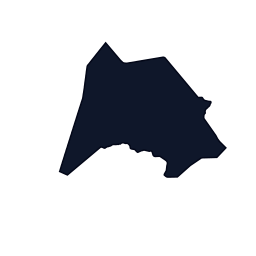 Tamanghasset, Mercator projection, rotated 140°
{"feature_id": "DZA-2189", "entity_name": "Tamanghasset", "entity_type": "Province", "adm_level": 1, "iso_a3": "DZA", "parent_name": "Algeria", "parent_adm1": "", "projection": "mercator", "projection_center": [6.568, 24.092], "detail": "fine", "context": "isolated", "style": "filled", "palette": "ink", "viewbox_px": 256, "rotation_deg": 140, "n_neighbors": 0, "source": "natural_earth", "source_scale": "10m", "svg_char_len": 3517}
<svg xmlns="http://www.w3.org/2000/svg" viewBox="0 0 256 256"><g transform="rotate(140 128 128)"><path d="M208.3,138.6L207.3,139.2L206.3,139.9L205.3,140.5L204.4,141.1L203.4,141.8L202.4,142.4L201.4,143.0L200.4,143.7L199.5,144.3L198.5,144.9L197.5,145.5L196.5,146.2L195.5,146.8L194.6,147.4L193.6,148.1L192.6,148.7L191.6,149.3L190.6,149.9L189.7,150.6L188.7,151.2L187.7,151.8L186.7,152.4L185.7,153.1L184.8,153.7L183.8,154.3L182.8,154.9L181.8,155.6L180.8,156.2L179.8,156.8L178.9,157.4L177.9,158.1L176.9,158.7L175.9,159.3L174.9,159.9L174.0,160.6L173.0,161.2L172.0,161.8L171.0,162.4L170.0,163.1L169.1,163.7L168.1,164.3L167.1,164.9L166.1,165.6L165.1,166.2L164.2,166.8L163.2,167.4L162.2,168.0L161.2,168.7L160.2,169.3L159.3,169.9L158.3,170.5L157.3,171.2L156.3,171.8L155.3,172.4L154.4,173.0L153.4,173.6L152.4,174.3L151.4,174.9L150.4,175.5L149.5,176.1L148.5,176.7L147.5,177.4L146.5,178.0L145.5,178.6L143.6,179.8L142.2,181.0L141.2,181.9L140.2,182.8L139.1,183.7L138.1,184.6L137.0,185.6L136.4,186.1L135.6,186.8L134.7,187.7L133.8,188.5L132.9,189.3L132.0,190.2L131.1,191.0L130.2,191.8L129.2,192.7L128.3,193.5L127.4,194.3L126.5,195.2L125.6,196.0L124.7,196.8L123.8,197.7L122.9,198.5L122.0,199.3L121.1,200.1L119.9,201.2L119.3,201.6L118.7,201.9L116.8,202.2L115.4,202.5L112.2,203.2L109.1,203.8L107.6,204.1L104.9,204.7L102.2,205.2L99.5,205.8L96.8,206.3L94.3,206.8L91.8,207.3L90.4,207.6L90.3,184.8L89.9,181.2L88.8,179.7L87.3,178.3L55.5,159.6L54.8,158.6L54.6,158.1L54.7,106.6L54.6,106.3L54.5,106.2L54.4,106.0L51.9,104.1L51.7,103.8L51.6,103.4L51.8,101.8L51.8,100.9L51.7,100.5L51.7,100.2L51.5,99.9L51.4,99.6L49.1,96.5L47.9,95.4L47.7,95.1L47.7,94.9L47.9,94.6L48.1,94.2L48.3,94.1L48.9,93.8L50.0,93.4L51.0,92.7L52.3,92.5L53.1,92.6L53.3,92.6L53.8,92.4L55.9,92.4L56.1,92.4L57.2,92.0L57.6,91.8L57.9,91.6L58.3,91.2L59.2,89.9L59.3,89.8L59.6,89.7L61.1,89.5L61.2,89.4L62.2,88.5L62.6,88.1L63.2,87.4L63.5,87.0L63.7,86.6L63.8,86.2L65.6,65.7L66.4,62.1L66.6,58.8L65.8,49.9L78.8,48.4L90.8,57.9L104.3,59.3L121.6,58.8L128.8,64.6L129.6,65.4L130.1,66.7L130.4,68.7L129.9,69.2L126.0,70.7L122.4,74.1L121.3,74.9L120.4,75.7L119.9,76.5L119.6,77.9L120.0,79.8L121.6,85.4L121.6,85.5L121.8,85.8L122.4,86.4L125.3,88.6L125.8,89.1L126.1,89.6L126.2,90.1L126.2,90.4L126.2,90.6L126.2,91.0L125.0,93.8L124.9,94.2L124.8,94.6L124.8,95.1L124.8,95.3L124.9,95.5L125.0,95.7L126.6,96.5L129.7,100.6L129.9,100.8L130.0,100.9L130.2,101.0L131.7,101.6L132.1,101.9L132.5,102.1L136.1,103.1L136.3,103.5L136.5,104.2L136.6,107.2L138.3,109.2L138.7,109.7L138.9,110.0L139.0,110.3L139.1,110.6L139.1,110.8L139.1,111.1L139.0,111.4L138.3,112.3L138.0,113.2L138.0,113.3L137.9,113.4L137.9,115.2L138.2,116.4L138.3,116.6L138.5,116.9L138.8,117.1L139.7,117.7L139.9,117.9L140.1,118.2L140.5,118.9L140.9,119.5L141.1,119.7L141.2,119.8L141.3,119.9L141.6,120.1L141.8,120.3L142.0,120.4L142.6,120.7L143.2,120.7L143.8,120.7L144.0,120.7L144.0,120.8L144.4,121.1L144.5,121.1L144.8,121.2L144.9,121.3L145.1,121.5L145.3,121.6L145.6,121.5L145.8,121.6L146.0,121.7L146.1,121.8L146.5,122.2L146.6,122.4L146.8,122.5L147.4,122.9L147.5,122.9L147.8,123.0L148.8,124.0L149.0,124.2L149.3,124.3L149.7,124.8L149.9,124.9L150.4,125.2L150.5,125.2L151.4,125.4L152.1,125.4L152.5,125.5L153.6,125.8L154.1,126.2L154.3,126.3L154.7,126.3L154.8,126.3L155.3,126.8L156.7,127.2L157.9,127.4L158.3,127.4L158.6,127.4L158.7,127.5L158.8,127.6L159.0,127.8L159.2,128.0L159.8,129.4L160.1,129.9L160.5,130.4L160.9,130.8L161.1,130.9L161.2,131.0L161.4,131.0L204.6,131.0L206.2,134.3L207.2,136.4L208.3,138.6Z" fill="#0f172a" stroke="#020617" stroke-width="1.5"/></g></svg>